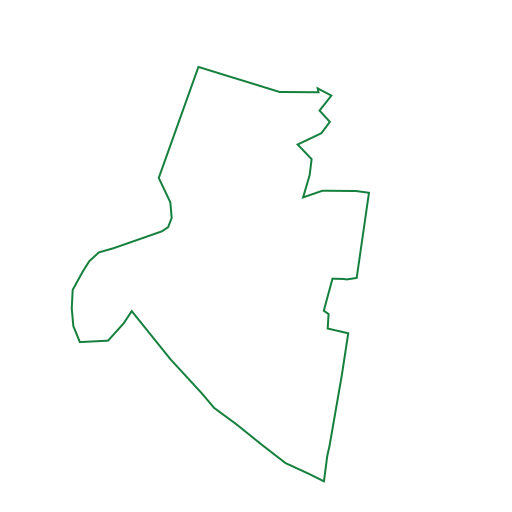 Mirzaabad, Sirdaryo, Uzbekistan, rotated 24°
{"feature_id": "79887680B49500838680737", "entity_name": "Mirzaabad", "entity_type": "district", "adm_level": 2, "iso_a3": "UZB", "parent_name": "Uzbekistan", "parent_adm1": "Sirdaryo", "projection": "orthographic", "projection_center": [68.617, 40.481], "detail": "fine", "context": "isolated", "style": "outline", "palette": "green", "viewbox_px": 512, "rotation_deg": 24, "n_neighbors": 0, "source": "geoboundaries", "source_scale": "gbopen_adm2", "svg_char_len": 819}
<svg xmlns="http://www.w3.org/2000/svg" viewBox="0 0 512 512"><g transform="rotate(24 256 256)"><path d="M130.1,406.3L155.3,393.5L162.5,371.3L164.9,356.9L220.0,385.2L262.1,403.4L279.5,411.8L307.3,417.9L337.7,426.0L367.3,433.2L392.5,433.5L409.7,434.2L402.4,409.6L400.4,399.6L383.0,330.4L371.7,289.1L351.0,293.1L345.9,279.5L340.2,278.4L335.1,245.6L339.0,244.0L345.3,241.4L348.4,240.5L356.9,235.1L333.5,152.3L321.1,155.9L290.2,169.3L275.2,183.3L272.1,160.2L267.4,144.9L248.7,137.2L263.6,119.8L265.8,117.2L268.9,103.4L254.9,97.3L259.6,78.8L244.2,77.8L246.5,81.0L220.1,92.5L211.1,96.5L155.0,103.3L126.5,106.7L135.4,224.2L155.9,241.8L163.5,255.5L164.0,265.4L159.9,271.8L122.7,306.8L111.0,316.6L105.8,328.6L104.1,340.4L102.3,361.5L109.0,378.8L117.6,394.3L130.1,406.3Z" fill="none" stroke="#15803d" stroke-width="2"/></g></svg>